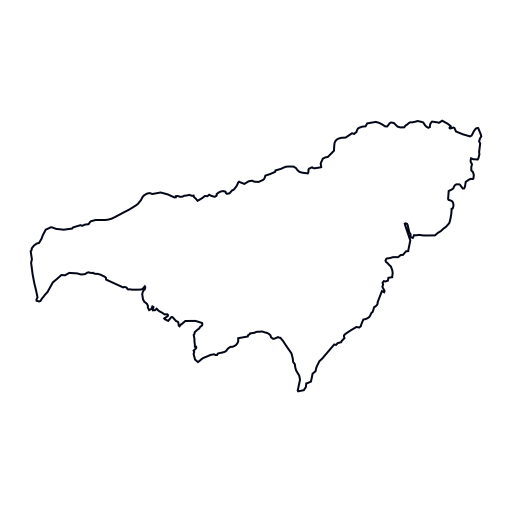 outline of Polle, Federated States of Micronesia
{"feature_id": "79324940B78067123130515", "entity_name": "Polle", "entity_type": "district", "adm_level": 2, "iso_a3": "FSM", "parent_name": "Federated States of Micronesia", "parent_adm1": "", "projection": "albers", "projection_center": [151.586, 7.337], "detail": "fine", "context": "isolated", "style": "outline", "palette": "ink", "viewbox_px": 512, "rotation_deg": 0, "n_neighbors": 0, "source": "geoboundaries", "source_scale": "gbopen_adm2", "svg_char_len": 6075}
<svg xmlns="http://www.w3.org/2000/svg" viewBox="0 0 512 512"><path d="M356.3,132.2L355.4,132.8L354.2,133.9L352.0,133.3L345.6,137.6L341.3,137.8L338.0,138.8L336.4,139.9L335.3,141.3L334.5,143.1L334.1,147.8L334.0,150.7L327.9,156.9L325.3,157.4L322.8,158.7L320.7,163.3L321.2,167.1L320.3,167.4L314.5,168.3L313.1,168.0L312.0,167.3L309.0,168.7L308.5,169.5L308.4,172.1L307.8,173.4L302.3,172.7L299.5,171.9L298.3,170.9L297.2,169.8L295.9,168.0L293.5,166.6L288.9,166.5L286.0,166.7L283.1,167.8L281.8,168.5L280.5,169.0L275.5,170.4L275.1,171.9L270.0,174.1L265.4,175.6L264.7,177.8L264.1,179.0L262.9,180.0L258.7,181.9L255.7,181.8L254.1,181.6L252.0,180.7L248.6,181.3L246.7,182.5L245.6,183.1L244.4,183.9L240.2,182.3L239.1,181.7L238.1,182.6L237.6,184.0L236.6,186.0L234.2,189.2L233.3,190.0L232.3,190.2L229.5,193.3L226.8,193.8L225.8,192.9L225.5,191.7L224.7,191.4L223.1,191.1L220.7,191.5L218.9,192.4L216.7,194.0L216.6,195.7L214.7,196.8L211.3,195.9L209.2,194.7L207.4,196.2L204.9,196.0L202.2,198.1L197.6,200.8L195.6,198.5L193.8,196.8L193.6,195.6L192.0,195.8L189.2,194.9L186.8,195.5L184.5,195.7L182.2,196.7L180.4,196.8L177.4,196.0L175.8,196.2L175.8,197.3L174.3,197.4L167.5,194.3L160.6,192.5L152.4,194.0L149.7,193.1L147.6,193.4L145.8,194.3L143.9,195.5L142.7,196.8L140.8,200.4L139.2,202.3L137.9,203.9L135.8,205.5L129.2,209.6L123.7,212.4L114.9,217.1L111.3,218.8L107.7,219.7L105.0,220.0L95.6,220.0L90.8,221.3L90.1,222.0L88.5,224.2L84.9,224.6L82.2,225.8L80.4,225.2L73.1,227.4L72.0,228.6L63.7,229.7L56.2,228.9L52.1,227.4L50.8,227.3L45.7,229.7L42.7,235.5L41.5,238.8L39.0,243.0L36.8,243.5L34.0,245.5L31.8,248.3L31.6,250.0L30.7,251.3L31.9,259.3L31.1,262.8L32.6,274.2L34.3,283.2L36.2,291.0L37.5,297.3L36.4,299.8L36.6,300.8L39.1,301.5L40.5,300.9L42.0,298.5L43.3,297.0L45.1,294.6L47.4,292.2L52.9,282.3L57.0,278.9L61.4,275.0L65.0,275.3L69.2,272.9L77.2,273.4L81.2,274.5L85.1,274.1L86.8,272.9L88.5,272.3L90.0,272.8L92.6,273.0L93.1,272.8L93.8,273.4L95.2,273.8L97.8,273.9L100.6,274.7L103.6,276.2L104.6,276.6L105.9,277.8L106.1,279.6L123.1,287.4L124.2,287.0L125.7,287.2L126.7,287.7L127.1,288.5L128.2,289.5L129.9,289.3L132.1,289.7L135.4,289.7L140.3,289.6L142.5,289.1L144.8,286.3L145.2,286.9L145.2,287.9L144.6,289.7L143.6,290.3L142.8,291.9L142.2,294.2L143.0,299.4L144.3,301.7L146.9,303.8L147.9,305.8L147.8,307.4L149.1,310.1L151.5,308.9L152.4,306.4L153.4,306.9L153.4,307.8L152.8,309.2L152.9,310.3L155.0,310.2L156.7,308.7L158.3,310.5L159.6,311.4L161.9,312.6L164.6,314.4L167.4,314.3L167.8,314.7L168.0,315.3L167.7,316.2L164.2,318.4L164.8,319.2L168.2,320.9L171.3,317.1L172.6,317.2L176.1,321.1L177.9,321.8L178.4,322.8L178.7,325.5L179.5,326.3L181.1,324.3L181.6,324.2L185.3,321.0L195.4,320.9L200.7,322.5L202.2,323.1L202.3,324.3L202.1,325.3L201.7,325.8L200.2,326.8L199.1,328.6L197.6,329.6L194.7,332.2L194.5,333.8L193.7,335.0L194.4,338.6L194.5,341.9L194.8,344.0L194.9,346.7L196.0,346.6L196.3,347.6L195.8,348.6L193.6,350.6L194.2,352.0L193.6,353.9L195.0,359.5L197.9,362.1L199.9,360.6L201.0,359.6L203.2,358.0L206.7,356.6L210.6,354.9L214.1,354.3L215.4,355.0L217.0,355.0L217.8,353.6L219.9,353.0L222.1,352.6L224.8,351.8L226.5,350.6L227.3,349.3L228.9,347.8L230.6,346.9L232.5,346.8L234.4,346.0L235.8,345.2L236.9,343.9L237.8,342.5L238.2,341.2L238.2,338.2L247.7,336.5L248.2,335.1L249.9,334.1L250.1,333.4L254.5,332.8L256.1,331.9L262.2,331.5L265.2,332.5L266.8,332.8L268.8,333.8L270.4,335.3L271.1,337.4L273.1,338.8L274.7,338.6L278.0,337.1L279.2,337.7L280.4,337.8L283.2,341.2L285.5,344.8L291.4,353.3L292.6,357.7L293.2,362.1L294.8,364.1L295.3,367.6L296.1,370.4L299.1,375.4L299.8,378.3L300.0,379.9L297.7,390.6L298.2,391.3L303.8,390.2L305.9,387.0L306.3,383.4L307.8,383.0L310.9,381.6L311.5,379.1L312.4,374.7L312.6,373.7L315.6,371.1L316.2,368.0L316.9,366.2L319.4,361.2L322.1,358.7L334.2,344.5L335.7,344.9L336.3,344.8L337.5,343.2L341.1,342.2L341.8,340.8L344.5,338.1L344.0,336.7L344.0,335.4L345.4,333.9L350.5,330.5L356.4,327.0L359.3,327.5L360.9,326.1L361.1,325.0L362.2,322.1L363.3,319.6L366.1,318.9L368.4,317.7L369.7,316.5L371.5,312.8L372.6,312.0L374.3,306.9L375.3,306.6L376.9,305.1L377.6,303.7L377.6,302.3L381.9,291.1L383.0,291.7L384.2,292.2L384.5,290.8L382.6,287.4L382.4,286.7L383.1,284.8L382.6,282.7L383.8,281.1L385.4,281.5L387.9,280.6L388.4,277.8L392.2,277.2L392.4,275.0L392.7,273.1L392.3,270.4L390.9,266.5L389.5,265.3L387.5,263.1L385.9,261.8L385.5,260.5L386.3,258.8L387.3,258.3L388.3,258.3L390.2,258.0L392.7,257.2L394.9,257.1L397.9,257.2L398.8,256.6L400.6,255.1L403.1,254.8L404.3,253.3L406.1,251.3L408.2,251.1L408.4,249.7L410.3,240.5L405.0,224.8L404.8,223.7L405.6,223.3L407.0,223.8L407.6,224.9L409.3,232.4L410.5,234.0L410.6,236.5L410.8,237.3L412.8,237.9L413.6,236.3L414.0,235.2L416.3,235.3L419.0,234.9L423.8,235.5L434.9,235.4L438.0,232.8L441.1,230.9L443.1,228.9L446.2,226.6L449.2,223.2L449.8,221.4L450.5,218.5L451.4,213.0L451.6,208.8L452.3,208.7L452.7,208.4L453.3,206.6L453.5,204.9L453.1,202.9L452.2,201.3L450.9,200.6L448.6,199.9L448.1,198.9L448.7,191.0L449.3,190.7L451.6,189.6L453.4,188.4L453.7,187.3L454.5,185.8L455.0,185.2L455.7,184.7L456.6,184.3L459.4,184.4L460.2,185.0L460.9,186.1L462.8,188.5L464.0,188.5L464.4,188.0L465.0,186.4L465.7,182.0L468.5,179.9L470.6,178.9L472.9,179.0L473.4,178.5L473.8,175.2L473.1,172.3L471.3,170.4L471.3,167.0L472.0,164.2L471.0,162.5L470.6,161.3L470.7,159.9L471.1,158.3L473.1,159.2L477.7,159.5L478.3,158.5L479.4,154.4L479.1,152.0L480.2,143.4L479.1,141.4L479.9,138.6L481.3,136.3L480.7,134.2L478.2,128.1L477.2,128.0L475.7,128.7L474.0,131.0L471.6,135.6L470.0,136.4L462.8,134.3L456.0,131.5L454.4,128.0L453.3,127.5L451.7,128.1L450.1,128.5L449.5,127.9L449.9,127.2L450.8,126.8L450.7,126.1L447.6,123.7L442.2,120.7L439.0,122.8L437.6,122.4L432.8,121.7L431.9,121.7L430.6,123.3L430.1,124.7L429.9,127.0L428.3,127.8L426.2,126.5L425.0,125.2L423.3,122.5L421.2,121.8L417.5,121.0L415.4,121.7L412.5,122.3L410.2,122.3L408.6,123.2L407.2,124.6L405.5,125.5L404.3,127.3L400.2,127.4L397.5,126.6L393.9,123.0L391.0,122.5L389.7,123.2L387.9,125.6L387.0,126.5L385.2,126.4L382.1,124.4L379.2,122.9L375.8,121.9L367.2,123.4L365.6,126.3L362.1,126.7L359.1,127.8L357.9,128.6L357.1,130.1L356.3,132.2Z" fill="none" stroke="#020617" stroke-width="2"/></svg>